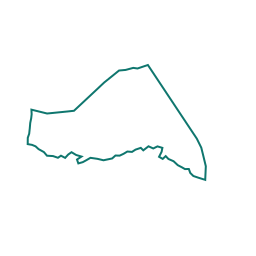 the district of Riachão, Paraíba, Brazil, rotated 30°
{"feature_id": "56859067B21557901062595", "entity_name": "Riachão", "entity_type": "district", "adm_level": 2, "iso_a3": "BRA", "parent_name": "Brazil", "parent_adm1": "Paraíba", "projection": "robinson", "projection_center": [-35.645, -6.541], "detail": "fine", "context": "isolated", "style": "outline", "palette": "teal", "viewbox_px": 256, "rotation_deg": 30, "n_neighbors": 0, "source": "geoboundaries", "source_scale": "gbopen_adm2", "svg_char_len": 983}
<svg xmlns="http://www.w3.org/2000/svg" viewBox="0 0 256 256"><g transform="rotate(30 128 128)"><path d="M71.7,192.5L77.1,189.8L82.2,188.8L83.8,185.5L88.5,185.3L89.5,180.8L91.2,177.2L96.6,177.3L102.0,176.0L99.6,180.8L102.7,183.5L105.9,180.2L107.9,176.9L110.4,172.6L116.9,170.0L122.9,168.2L126.6,164.9L129.5,162.3L130.9,158.1L134.6,156.1L137.1,152.5L139.2,148.7L143.4,146.7L145.3,143.0L149.0,138.8L152.4,139.7L154.9,133.6L160.1,133.1L162.7,129.2L167.7,128.0L169.0,131.8L169.3,137.4L173.5,137.4L174.7,133.5L178.5,134.6L184.1,134.0L189.7,135.3L194.3,135.1L197.8,135.1L201.2,133.1L204.4,135.8L208.6,136.9L213.6,135.9L220.8,134.3L214.5,122.2L206.6,113.9L201.3,108.4L192.9,102.8L186.8,99.8L113.7,63.5L106.5,71.7L102.5,73.3L96.9,78.9L91.5,82.7L84.7,100.3L72.6,140.1L67.4,143.9L50.7,155.9L35.2,160.4L37.7,164.3L39.3,168.0L40.8,172.5L43.1,177.4L45.3,182.4L46.1,186.6L49.2,192.1L53.3,190.6L57.1,190.1L61.1,191.0L67.2,190.9L71.7,192.5Z" fill="none" stroke="#0f766e" stroke-width="2"/></g></svg>